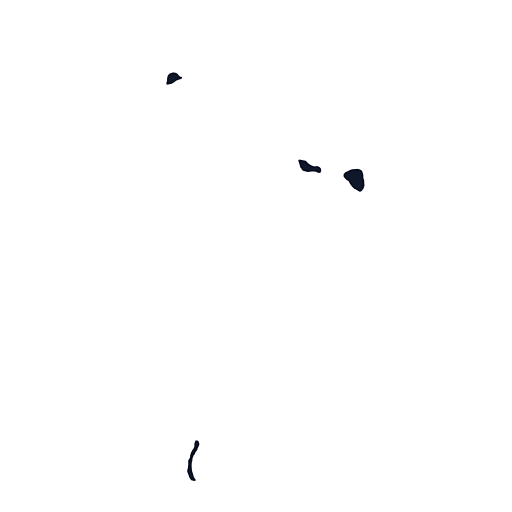 outline of Ulithi, Federated States of Micronesia, rotated 344°
{"feature_id": "79324940B95008512359217", "entity_name": "Ulithi", "entity_type": "district", "adm_level": 2, "iso_a3": "FSM", "parent_name": "Federated States of Micronesia", "parent_adm1": "", "projection": "natural_earth1", "projection_center": [139.729, 9.995], "detail": "fine", "context": "isolated", "style": "filled", "palette": "ink", "viewbox_px": 512, "rotation_deg": 344, "n_neighbors": 0, "source": "geoboundaries", "source_scale": "gbopen_adm2", "svg_char_len": 1929}
<svg xmlns="http://www.w3.org/2000/svg" viewBox="0 0 512 512"><g transform="rotate(344 256 256)"><path d="M376.9,200.9L373.7,200.2L372.1,199.9L370.0,200.0L368.3,200.4L366.8,200.6L365.5,200.8L364.4,201.3L363.3,202.2L362.9,203.6L363.3,204.9L364.8,207.7L366.0,208.6L366.4,209.3L366.5,210.3L367.0,212.0L367.1,212.7L367.4,213.5L368.1,215.3L368.8,216.6L369.6,218.0L370.4,218.5L373.7,222.1L374.2,222.2L375.2,221.9L377.4,220.3L379.0,217.8L379.2,216.7L379.5,215.1L379.8,214.3L380.1,212.5L380.1,212.0L379.8,211.7L380.2,209.3L380.5,208.7L380.8,206.8L380.8,205.1L380.6,203.6L379.9,202.6L378.7,201.7L377.5,201.0L376.9,200.9ZM324.1,176.0L323.7,176.2L323.9,181.9L323.7,182.7L324.3,183.6L324.7,185.6L325.1,186.3L325.7,186.8L327.3,187.6L328.2,188.4L329.8,188.9L331.1,189.1L333.3,189.4L335.7,190.2L337.2,190.9L339.2,192.6L340.4,192.9L341.1,192.5L341.7,190.8L341.7,189.9L341.1,188.7L340.0,187.5L338.6,187.0L336.5,186.7L334.7,185.5L333.0,184.0L331.9,182.8L330.5,180.8L329.6,178.8L324.1,176.0ZM148.6,418.0L147.4,417.5L146.2,418.9L145.5,420.4L145.2,421.9L143.8,424.1L141.9,425.5L140.0,427.5L138.4,429.9L138.4,430.3L137.4,432.2L135.3,434.2L135.0,434.6L134.2,437.8L132.9,441.0L132.2,442.2L131.5,443.4L131.2,444.6L131.3,445.3L131.7,450.8L132.1,452.0L132.6,453.2L134.1,454.1L135.3,454.6L135.5,454.0L134.7,452.1L134.6,450.7L134.6,448.0L134.5,445.3L134.7,443.6L135.7,439.1L136.9,436.0L137.6,435.1L138.6,432.4L139.2,431.9L140.8,429.6L141.9,429.2L143.1,427.5L145.3,425.9L146.3,424.4L148.8,421.5L149.0,420.6L149.0,419.0L148.6,418.0ZM218.1,65.6L218.1,66.0L218.6,66.2L219.1,66.2L223.0,66.4L223.4,66.1L225.0,65.7L228.0,64.6L229.3,64.6L230.1,64.4L230.8,64.4L231.7,64.5L233.1,64.3L233.3,64.0L233.1,63.7L232.0,63.4L231.4,62.3L230.8,61.3L230.4,60.2L229.9,59.4L228.7,58.3L227.4,57.7L226.6,57.4L223.8,57.5L222.7,57.9L221.6,58.8L220.9,59.7L220.2,61.2L219.6,63.0L219.0,64.3L218.7,64.7L218.3,65.0L218.1,65.6Z" fill="#0f172a" stroke="#020617" stroke-width="1.5"/></g></svg>